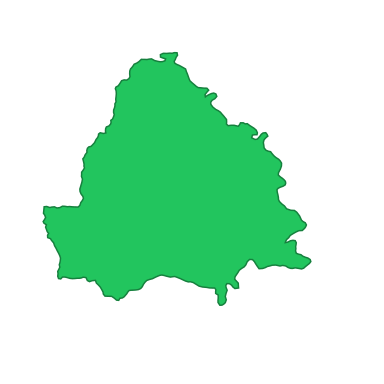 the district of Martinho Campos, Minas Gerais, Brazil, rotated 109°
{"feature_id": "56859067B12080288578715", "entity_name": "Martinho Campos", "entity_type": "district", "adm_level": 2, "iso_a3": "BRA", "parent_name": "Brazil", "parent_adm1": "Minas Gerais", "projection": "natural_earth1", "projection_center": [-45.194, -19.388], "detail": "fine", "context": "isolated", "style": "filled", "palette": "green", "viewbox_px": 384, "rotation_deg": 109, "n_neighbors": 0, "source": "geoboundaries", "source_scale": "gbopen_adm2", "svg_char_len": 5093}
<svg xmlns="http://www.w3.org/2000/svg" viewBox="0 0 384 384"><g transform="rotate(109 192 192)"><path d="M111.9,141.6L113.1,144.1L114.9,145.3L116.7,145.8L118.5,146.5L120.7,147.4L121.8,149.5L121.3,153.2L118.5,153.4L117.4,151.3L116.7,149.2L114.8,149.4L112.6,151.4L111.5,154.2L110.9,156.7L110.4,158.9L109.4,162.0L110.3,163.8L109.9,166.0L110.8,168.7L112.8,168.9L114.8,169.7L115.2,173.8L116.1,176.6L117.5,179.4L116.6,181.5L114.4,182.1L112.2,183.0L110.9,185.1L109.7,187.0L108.6,189.0L107.3,191.1L106.6,193.5L106.2,196.4L104.9,200.0L102.9,202.8L100.9,203.5L98.6,202.8L96.4,200.8L93.5,199.7L91.5,201.4L91.4,203.7L92.6,205.7L94.2,207.4L96.0,209.1L97.7,210.3L95.7,211.4L93.1,210.6L90.3,209.4L89.0,211.7L89.9,214.5L90.6,217.5L91.3,220.2L90.7,222.5L89.9,224.4L88.8,227.3L87.5,230.2L85.6,231.9L83.8,233.3L81.9,234.8L79.9,236.6L77.8,238.1L77.3,240.6L76.9,242.8L76.5,245.1L76.3,248.0L75.8,250.3L74.2,251.4L72.1,250.9L69.9,250.9L67.4,250.2L65.2,251.5L66.0,254.1L67.3,255.9L67.9,258.1L69.1,260.8L70.3,264.4L72.4,266.6L74.7,265.7L74.8,263.2L74.7,260.3L76.7,260.3L78.3,262.3L79.2,264.4L79.6,266.9L79.9,270.1L79.3,273.6L80.4,276.0L81.4,277.7L82.1,280.1L83.1,283.1L86.0,284.6L88.1,286.2L90.0,288.3L92.1,288.8L93.9,289.4L95.7,290.2L97.9,290.2L100.6,289.4L103.1,288.2L105.3,288.5L107.5,290.2L108.1,292.7L109.7,294.8L112.9,295.5L115.6,296.3L117.6,298.1L119.3,298.1L121.0,296.7L123.6,295.6L126.3,294.9L129.1,294.3L131.5,293.2L133.7,293.6L135.6,292.9L137.7,292.7L139.9,292.8L142.2,292.1L144.2,290.7L146.7,290.7L149.0,290.9L150.7,292.1L152.4,291.2L154.3,291.1L156.7,292.1L158.3,294.1L160.1,294.3L162.5,293.7L164.2,292.7L165.5,294.8L165.9,298.1L167.6,299.2L169.6,298.8L171.3,299.0L173.6,299.8L177.1,300.2L179.6,301.3L181.6,302.2L183.0,304.3L184.7,305.1L186.8,305.0L188.8,304.2L191.4,305.1L194.3,305.3L196.2,306.0L198.5,304.5L200.8,303.1L202.7,302.6L204.3,301.5L207.1,302.1L209.2,302.8L211.3,302.1L213.2,301.6L215.4,299.8L218.5,299.3L220.9,299.2L222.8,299.1L225.7,299.0L228.0,298.0L230.0,296.2L231.7,293.7L233.4,292.6L235.7,292.9L238.2,293.7L241.3,293.7L243.3,294.8L244.8,299.6L245.6,303.0L246.5,305.0L246.9,307.5L247.6,309.9L249.8,311.9L251.1,314.5L250.8,317.2L251.9,319.7L253.0,321.4L253.0,324.7L254.1,327.0L256.1,326.5L258.2,326.0L260.5,325.5L261.9,323.6L263.9,322.1L266.6,322.6L268.4,323.1L269.7,321.8L270.4,319.0L272.9,319.0L274.8,317.4L276.7,315.9L277.7,314.1L279.9,314.5L282.1,313.6L282.2,310.6L283.4,309.2L285.2,306.2L287.5,304.5L289.5,302.2L291.4,300.3L293.5,298.0L295.4,296.2L297.3,294.8L299.3,294.3L301.4,293.9L304.0,293.8L306.1,292.5L308.1,292.7L310.8,293.1L312.8,292.1L315.4,291.5L317.3,290.0L316.9,287.8L314.6,286.8L313.7,284.1L313.5,281.6L313.4,279.2L312.8,276.7L311.9,274.5L311.0,272.6L310.3,270.6L309.4,268.8L308.0,267.2L307.4,264.4L309.8,262.1L310.1,259.7L308.4,257.6L307.0,254.5L309.2,252.8L310.5,250.0L311.8,247.7L313.8,245.4L315.6,243.5L317.4,242.6L318.8,240.4L317.9,237.4L316.8,234.0L317.7,230.8L318.8,228.2L318.3,226.0L316.0,225.6L314.8,223.3L313.1,222.0L311.3,221.3L309.6,220.6L307.3,220.1L305.6,219.4L304.7,217.6L303.8,215.3L302.9,213.2L301.7,210.9L300.0,209.1L297.8,208.2L294.9,207.8L292.7,207.1L290.4,206.0L288.6,203.8L286.8,201.1L284.2,198.6L282.4,196.6L281.2,195.2L280.3,193.4L280.0,191.1L279.9,188.8L279.5,184.8L278.3,182.5L277.5,180.7L277.5,178.5L277.7,174.8L278.3,169.1L278.2,166.2L277.4,164.4L277.2,161.4L277.9,158.2L278.7,154.7L278.4,151.1L277.9,149.1L277.4,147.0L277.0,144.3L276.2,141.6L275.4,139.3L276.6,137.6L278.2,137.3L280.2,136.6L280.9,133.7L283.7,132.7L286.1,132.1L288.0,131.4L290.0,128.8L289.2,126.8L287.7,125.5L285.8,124.5L282.8,124.5L280.0,126.5L276.7,126.8L273.4,126.8L271.2,128.7L269.5,129.6L267.3,129.2L266.5,126.8L267.2,124.2L268.4,122.6L269.3,120.0L267.6,116.7L265.3,117.7L263.1,118.6L262.0,120.6L260.6,123.2L258.2,123.7L255.9,123.1L253.4,122.4L250.5,121.8L248.0,120.1L245.8,118.3L243.5,117.4L239.9,117.1L237.0,115.6L236.2,112.8L237.6,110.2L239.0,108.6L240.8,106.3L242.7,103.6L241.3,100.3L239.7,98.2L237.9,96.5L236.6,94.4L235.1,92.3L233.8,89.0L233.3,84.7L231.9,82.4L231.4,79.4L232.1,76.5L232.1,74.0L231.5,72.0L230.1,69.7L229.5,66.2L229.1,63.4L227.7,61.6L225.7,60.5L223.3,59.0L221.3,57.7L219.1,57.0L217.4,58.3L216.7,60.9L216.8,63.6L216.6,66.4L215.8,68.6L216.1,70.8L216.0,73.4L214.0,74.9L211.6,75.4L210.0,76.2L207.9,76.5L206.0,76.9L204.4,78.6L204.8,80.8L206.1,83.1L208.2,85.1L209.5,87.3L207.6,87.4L205.8,86.9L203.7,85.7L201.1,85.0L198.5,82.9L196.1,80.8L193.8,78.4L192.5,75.2L189.7,73.7L187.8,73.2L185.9,73.1L184.2,74.9L183.8,77.4L183.0,79.3L181.4,80.8L179.7,82.4L178.6,84.0L177.0,86.4L176.1,89.2L177.1,92.6L177.1,97.1L175.1,100.0L174.0,103.3L172.5,106.3L170.9,107.8L168.9,108.6L166.8,109.8L164.3,111.4L162.1,112.4L160.5,111.8L158.9,110.3L156.9,107.8L154.9,106.2L153.1,106.3L151.5,107.2L150.4,109.1L149.6,111.1L149.0,113.3L147.9,115.9L145.7,116.5L143.5,116.2L141.5,115.9L138.3,115.9L135.6,116.7L133.9,118.7L132.8,120.8L132.2,123.5L131.4,125.7L130.5,127.4L129.5,129.1L128.3,130.8L128.6,133.3L128.4,135.7L126.8,138.2L124.3,139.4L122.1,140.6L119.4,140.9L117.7,140.3L116.1,139.5L114.5,138.5L113.1,139.8L111.9,141.6Z" fill="#22c55e" stroke="#15803d" stroke-width="1.5"/></g></svg>